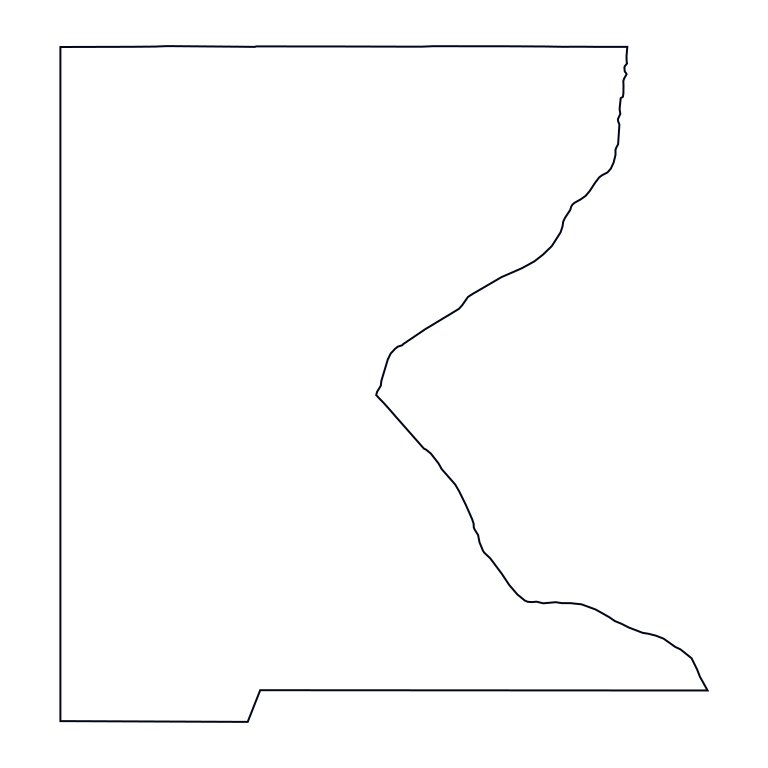 Roberts, South Dakota, United States of America (Robinson projection)
{"feature_id": "52423323B57962410347725", "entity_name": "Roberts", "entity_type": "district", "adm_level": 2, "iso_a3": "USA", "parent_name": "United States of America", "parent_adm1": "South Dakota", "projection": "robinson", "projection_center": [-96.708, 45.616], "detail": "fine", "context": "isolated", "style": "outline", "palette": "ink", "viewbox_px": 768, "rotation_deg": 0, "n_neighbors": 0, "source": "geoboundaries", "source_scale": "gbopen_adm2", "svg_char_len": 1686}
<svg xmlns="http://www.w3.org/2000/svg" viewBox="0 0 768 768"><path d="M60.4,721.1L247.7,721.9L260.2,690.2L707.6,690.5L699.9,676.7L697.2,669.7L691.6,658.3L680.5,649.4L675.2,646.9L663.5,638.6L655.7,635.6L648.2,633.7L642.8,632.9L629.0,627.6L621.1,623.6L614.7,621.0L609.6,617.4L595.6,609.5L581.4,604.3L569.9,603.1L561.8,603.1L555.6,602.2L543.3,603.3L536.4,601.7L532.0,602.1L527.7,601.8L524.9,600.6L517.4,594.5L509.3,585.1L501.8,573.8L490.3,558.4L484.2,552.6L483.0,550.8L479.5,542.3L478.1,535.1L474.7,529.6L473.8,527.6L473.6,523.6L472.1,519.1L465.8,504.8L459.2,491.4L455.2,484.5L441.7,469.1L438.5,463.4L430.8,453.5L426.3,449.8L423.8,448.5L395.2,416.0L388.0,407.7L387.6,407.3L383.3,402.5L379.7,398.9L376.2,395.1L377.1,391.8L380.8,385.7L381.4,380.8L387.8,359.5L390.7,353.5L395.0,348.9L397.7,346.7L402.1,345.3L403.2,344.1L425.4,329.1L459.0,308.8L462.2,305.2L468.0,296.9L472.5,294.0L501.5,277.1L521.9,268.2L534.3,261.4L542.9,254.7L551.8,246.1L560.6,232.3L562.5,226.5L563.3,221.4L565.1,217.7L570.3,209.8L571.2,206.6L572.6,204.4L574.7,202.7L580.8,199.3L585.7,195.8L589.8,190.9L594.8,183.2L599.2,177.4L602.1,175.2L607.4,172.5L610.8,168.7L613.6,162.6L615.5,154.9L615.5,149.8L616.3,147.6L618.1,144.3L619.4,124.7L618.1,121.1L617.9,119.2L620.3,113.9L619.6,109.0L620.7,98.2L622.9,96.8L623.4,93.4L623.5,85.5L623.3,81.1L624.2,78.4L626.6,74.2L625.7,72.6L624.8,71.6L624.4,67.6L624.8,66.2L627.0,63.5L626.7,61.9L626.5,56.4L627.3,46.9L616.0,46.9L598.5,46.9L590.2,46.8L580.7,46.7L563.0,46.8L545.2,46.5L527.5,46.4L509.9,46.3L433.0,46.2L421.3,46.7L345.5,46.5L256.3,46.4L254.8,46.9L238.4,46.7L167.1,46.1L154.5,46.6L131.5,46.8L60.4,47.0L60.4,445.6L60.4,721.1Z" fill="none" stroke="#020617" stroke-width="2"/></svg>